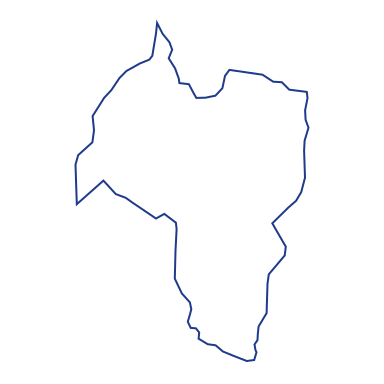 Mingala, Basse-Kotto, Central African Republic (orthographic projection)
{"feature_id": "33826404B71517620333215", "entity_name": "Mingala", "entity_type": "district", "adm_level": 2, "iso_a3": "CAF", "parent_name": "Central African Republic", "parent_adm1": "Basse-Kotto", "projection": "orthographic", "projection_center": [21.601, 5.165], "detail": "fine", "context": "isolated", "style": "outline", "palette": "blue", "viewbox_px": 384, "rotation_deg": 0, "n_neighbors": 0, "source": "geoboundaries", "source_scale": "gbopen_adm2", "svg_char_len": 1099}
<svg xmlns="http://www.w3.org/2000/svg" viewBox="0 0 384 384"><path d="M272.3,223.3L288.4,207.5L296.0,200.9L301.2,192.2L305.0,177.7L304.1,150.7L304.6,140.7L308.5,127.7L305.6,119.8L305.1,110.4L307.5,98.2L306.8,91.9L289.3,89.7L281.8,82.2L273.2,81.7L262.5,74.7L229.4,69.9L225.0,75.9L222.4,88.2L215.4,95.7L205.5,97.7L196.3,97.9L192.6,91.3L188.9,84.2L179.4,83.1L178.8,78.7L175.1,68.4L168.7,58.3L172.2,49.7L169.4,42.2L162.6,33.8L157.1,23.0L156.0,33.6L152.3,55.8L149.4,59.6L139.8,63.5L126.4,71.0L119.4,78.1L111.3,90.2L104.1,97.9L92.6,116.1L94.0,130.2L92.4,142.3L78.2,155.1L75.5,164.6L76.8,204.2L103.4,180.6L115.8,194.1L125.7,197.8L132.9,202.9L156.0,218.5L164.3,213.9L175.9,222.7L176.6,229.1L175.5,250.7L174.8,278.6L181.8,293.4L189.9,302.4L191.3,309.2L189.9,314.7L187.8,321.7L190.7,327.9L195.9,328.3L199.2,332.5L198.6,338.7L207.7,344.2L215.6,345.3L222.9,351.5L233.9,356.0L246.8,361.0L254.2,360.0L256.5,352.2L255.5,350.2L254.5,344.5L257.5,340.1L257.8,334.2L258.6,326.5L266.6,313.1L267.5,283.7L268.8,274.3L284.7,255.5L285.8,246.7L276.6,230.8L272.3,223.3Z" fill="none" stroke="#1e3a8a" stroke-width="2"/></svg>